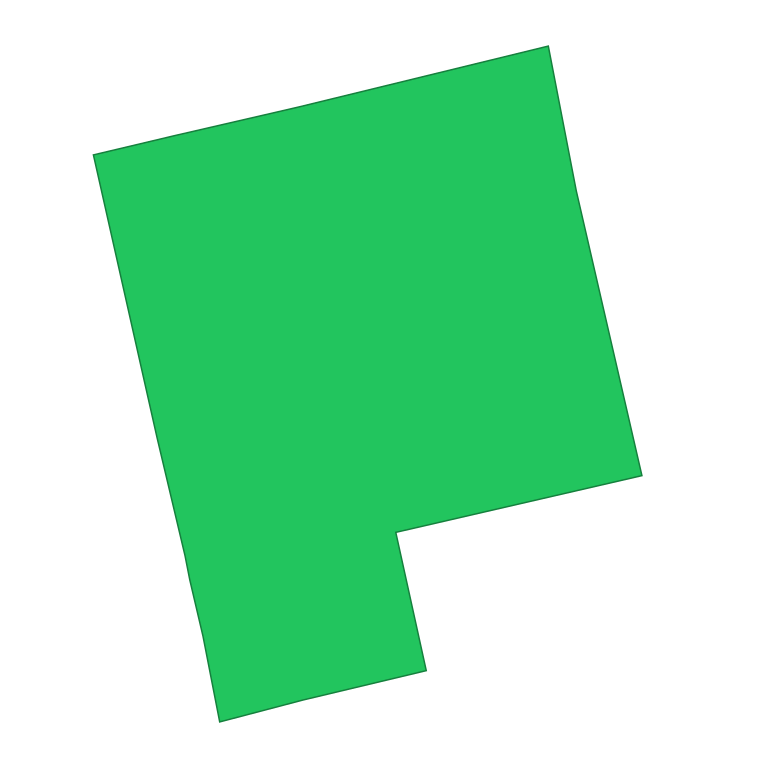 the district of Isanti, Minnesota, United States of America, rotated 77°
{"feature_id": "52423323B71710421504154", "entity_name": "Isanti", "entity_type": "district", "adm_level": 2, "iso_a3": "USA", "parent_name": "United States of America", "parent_adm1": "Minnesota", "projection": "robinson", "projection_center": [-93.264, 45.573], "detail": "fine", "context": "isolated", "style": "filled", "palette": "green", "viewbox_px": 768, "rotation_deg": 77, "n_neighbors": 0, "source": "geoboundaries", "source_scale": "gbopen_adm2", "svg_char_len": 345}
<svg xmlns="http://www.w3.org/2000/svg" viewBox="0 0 768 768"><g transform="rotate(77 384 384)"><path d="M91.7,147.9L94.9,404.9L94.9,532.1L95.4,615.6L385.1,617.2L506.5,616.5L531.0,617.3L589.0,617.1L676.3,620.1L673.7,534.2L672.8,407.3L531.2,405.9L531.3,153.3L239.1,153.2L91.7,147.9Z" fill="#22c55e" stroke="#15803d" stroke-width="1.5"/></g></svg>